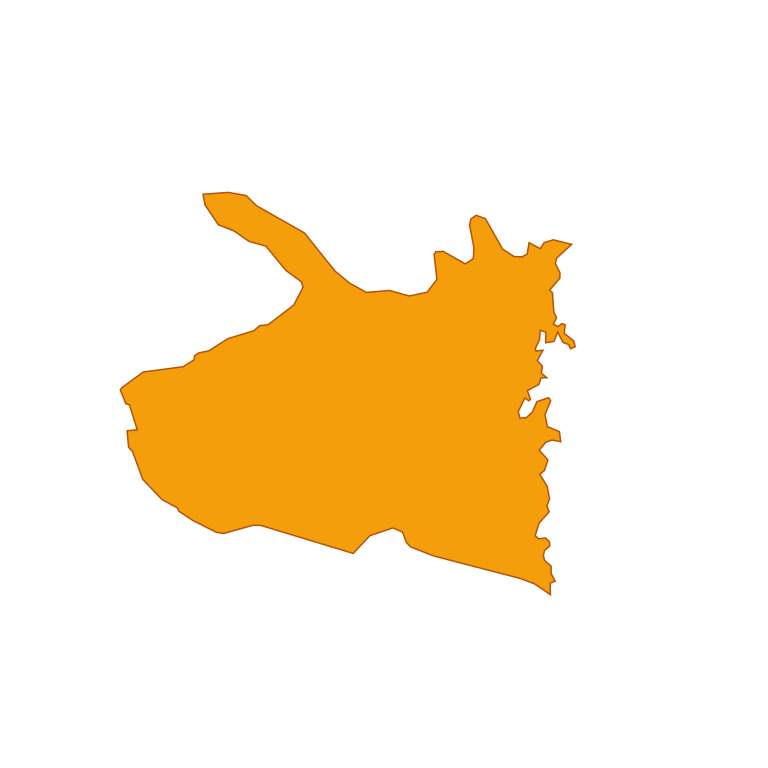 outline of Kenethao, Xaignabouri, Laos, rotated 305°
{"feature_id": "54806243B29120113935386", "entity_name": "Kenethao", "entity_type": "district", "adm_level": 2, "iso_a3": "LAO", "parent_name": "Laos", "parent_adm1": "Xaignabouri", "projection": "orthographic", "projection_center": [101.393, 17.858], "detail": "medium", "context": "isolated", "style": "filled", "palette": "amber", "viewbox_px": 768, "rotation_deg": 305, "n_neighbors": 0, "source": "geoboundaries", "source_scale": "gbopen_adm2", "svg_char_len": 1959}
<svg xmlns="http://www.w3.org/2000/svg" viewBox="0 0 768 768"><g transform="rotate(305 384 384)"><path d="M306.9,641.1L316.3,634.3L320.7,637.4L324.5,629.7L330.6,625.4L331.6,616.7L335.1,612.8L339.7,611.0L346.4,612.7L349.6,610.1L350.6,604.8L345.9,599.4L346.4,594.9L359.0,590.8L374.1,592.6L377.5,587.5L385.1,585.4L393.9,576.1L399.4,563.4L405.0,565.0L415.8,561.9L418.8,549.1L428.9,549.9L434.4,553.6L438.1,561.9L445.6,555.0L442.8,542.3L451.1,533.5L465.9,530.1L467.2,526.6L457.2,519.4L446.0,521.6L438.3,520.0L434.0,514.9L438.4,509.8L453.3,507.4L453.3,512.2L455.4,512.8L460.8,505.3L472.6,511.1L479.0,509.2L482.5,513.6L483.1,506.7L489.4,503.6L491.1,496.1L502.8,494.8L498.2,489.5L499.4,487.8L509.6,485.9L517.7,481.2L519.2,486.9L510.5,492.8L516.3,498.8L526.2,496.5L520.7,506.7L522.2,512.7L519.9,516.7L524.2,519.2L528.1,514.8L528.8,502.6L536.4,498.4L535.5,495.2L530.8,493.4L530.1,488.5L537.3,487.3L540.2,482.0L555.4,469.6L556.0,465.8L571.4,467.4L576.0,464.4L580.9,455.4L586.0,453.2L606.0,457.6L599.2,439.9L591.6,434.1L584.5,434.4L583.0,421.8L572.4,426.8L567.1,423.9L563.0,417.4L562.6,403.7L577.6,372.2L575.0,362.7L569.3,360.6L563.6,362.6L547.2,379.5L537.9,385.2L529.0,381.7L526.6,356.4L522.0,350.5L518.8,350.8L500.1,367.3L483.9,366.7L470.5,354.1L463.8,334.9L448.9,317.0L446.9,298.0L448.4,279.2L462.1,232.2L456.9,177.2L459.3,162.9L451.6,146.5L435.6,126.9L428.1,134.6L419.4,156.9L423.4,173.7L423.4,191.7L429.2,208.2L420.8,238.4L420.3,257.7L416.7,262.2L397.0,264.8L366.1,255.1L360.6,248.8L352.8,246.7L331.7,230.2L310.6,221.4L303.2,214.4L298.5,212.6L295.0,214.6L282.9,209.5L255.9,180.0L230.8,171.4L227.9,171.4L219.8,183.8L220.9,187.4L205.0,208.2L198.4,200.4L185.7,211.0L184.5,216.7L167.5,241.1L162.0,268.3L164.0,285.9L162.1,289.1L162.6,305.9L166.3,331.6L169.7,338.5L193.0,357.6L197.5,364.2L227.5,455.9L251.8,459.5L271.2,473.8L273.3,484.2L267.0,493.2L265.8,499.4L271.8,523.8L302.9,607.3L306.6,621.8L306.9,641.1Z" fill="#f59e0b" stroke="#b45309" stroke-width="1.5"/></g></svg>